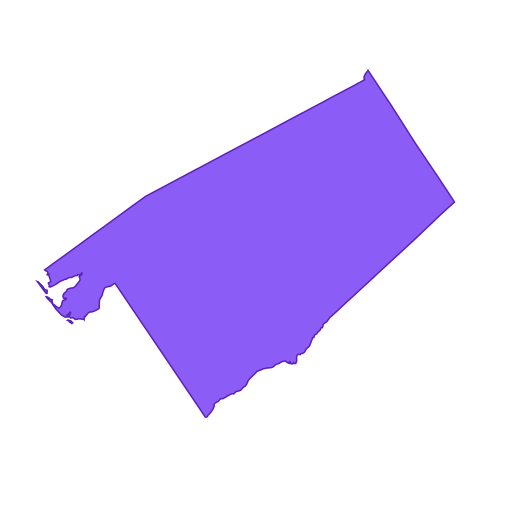 an SVG outline of Alabama, rotated 56°
{"feature_id": "USA-3541", "entity_name": "Alabama", "entity_type": "State", "adm_level": 1, "iso_a3": "USA", "parent_name": "United States of America", "parent_adm1": "", "projection": "equal_earth", "projection_center": [-86.886, 32.617], "detail": "fine", "context": "isolated", "style": "filled", "palette": "violet", "viewbox_px": 512, "rotation_deg": 56, "n_neighbors": 0, "source": "natural_earth", "source_scale": "10m", "svg_char_len": 5278}
<svg xmlns="http://www.w3.org/2000/svg" viewBox="0 0 512 512"><g transform="rotate(56 256 256)"><path d="M210.7,431.4L210.3,431.1L210.3,431.6L210.7,432.3L211.2,432.9L211.8,433.4L212.5,433.9L212.0,433.9L211.9,434.7L209.2,437.6L208.6,439.0L208.1,440.4L207.3,441.4L205.8,441.8L204.8,442.3L204.3,443.4L203.6,444.4L202.1,444.7L201.1,444.6L200.9,444.2L200.8,443.7L200.5,443.0L199.4,441.9L199.1,441.3L198.7,441.3L198.8,442.7L199.2,443.6L199.5,444.5L199.1,445.9L199.8,445.9L200.5,445.9L201.1,445.6L201.7,445.3L200.0,448.4L196.0,450.3L187.8,451.6L180.0,451.6L174.5,452.7L172.5,452.7L173.3,451.9L174.7,451.2L177.1,450.5L177.6,450.1L178.0,449.5L178.4,449.3L179.8,450.7L182.2,451.2L184.5,450.3L187.4,449.4L189.2,448.1L188.4,445.3L185.5,442.0L185.0,441.0L185.2,440.1L185.7,438.3L185.6,437.6L185.1,437.0L184.8,437.0L184.6,437.4L183.8,438.6L183.9,439.0L182.9,439.1L182.1,438.9L181.5,438.6L181.0,438.2L180.5,437.6L180.0,436.9L179.7,436.1L179.5,435.2L179.5,434.2L179.3,433.2L178.9,432.3L178.4,431.6L178.2,431.1L178.3,429.7L178.8,428.1L179.5,426.6L180.1,425.6L180.3,424.4L180.0,422.7L178.1,416.4L177.4,415.3L176.1,414.5L175.3,414.4L174.6,414.3L174.2,414.1L174.0,413.1L174.0,411.9L173.9,410.8L173.6,410.1L172.7,409.9L173.1,411.1L173.1,412.3L172.7,413.3L171.8,413.9L172.2,415.1L171.8,415.9L171.3,416.8L171.0,418.2L170.9,419.9L170.6,421.0L170.1,421.9L169.5,422.8L169.2,423.4L169.2,424.1L169.2,425.6L169.1,426.3L168.5,427.2L168.4,427.9L168.2,429.3L167.6,432.1L167.5,433.6L167.6,437.1L166.9,443.2L166.5,444.2L165.8,444.7L165.5,444.5L165.4,444.0L165.3,443.7L164.0,443.6L162.9,443.5L162.3,443.3L162.2,442.5L162.8,440.7L160.9,439.9L157.1,438.9L155.5,437.9L155.4,438.5L155.3,438.9L155.1,439.2L155.0,439.6L154.6,439.6L153.5,437.7L152.3,437.7L150.8,438.5L149.3,439.0L149.0,431.2L148.7,423.4L148.5,415.6L148.2,407.8L147.9,400.0L147.6,392.2L147.3,384.4L147.0,376.6L146.8,368.8L146.5,361.1L146.2,353.3L145.9,345.5L145.6,337.7L145.3,330.0L145.1,322.2L144.8,314.5L144.9,313.8L145.1,311.7L145.4,308.4L145.9,303.9L146.5,298.4L147.2,291.9L147.9,284.5L148.8,276.2L149.7,267.3L150.7,257.8L151.8,247.7L152.9,237.2L154.0,226.3L155.2,215.2L156.4,203.9L157.6,192.5L158.8,181.2L160.0,169.9L161.1,158.8L162.2,148.0L163.3,137.6L164.4,127.6L165.4,118.2L166.3,109.4L167.1,101.2L167.9,93.9L168.6,87.5L169.2,82.1L169.6,77.7L169.9,74.4L170.2,72.4L170.2,71.7L170.5,68.8L170.6,67.5L169.6,67.4L167.6,65.9L166.2,63.5L165.1,60.2L164.7,59.3L165.4,59.3L167.5,59.3L177.1,59.4L186.8,59.5L196.1,59.6L205.7,59.6L215.3,59.9L225.0,60.1L234.6,60.4L244.2,60.7L253.8,60.9L263.4,60.9L273.1,60.9L282.7,60.9L292.3,60.9L301.7,61.0L311.6,61.1L322.3,61.3L322.4,61.7L322.6,63.1L322.7,64.1L323.1,67.1L323.6,70.8L324.3,75.2L325.0,80.1L325.9,85.6L327.0,91.6L328.0,98.0L329.2,104.8L330.4,111.8L331.6,119.2L332.7,126.7L333.9,134.5L335.0,142.0L336.2,149.7L337.5,158.2L338.5,164.8L339.7,172.2L340.8,179.3L341.8,186.1L342.8,192.6L343.8,198.6L344.5,204.1L345.3,209.2L346.0,213.6L346.6,217.3L347.1,220.3L347.4,222.5L347.6,223.9L347.7,224.4L348.2,227.6L348.1,228.4L350.1,234.3L350.0,236.7L350.0,237.4L350.2,238.0L350.5,238.6L350.9,239.1L352.2,240.6L352.5,241.2L352.0,242.0L352.3,242.8L352.8,243.6L353.4,244.6L353.7,247.4L354.4,249.1L354.4,250.1L354.3,251.6L354.7,252.4L355.4,252.9L355.9,253.6L355.5,254.7L359.8,260.9L360.6,262.2L360.8,263.3L361.1,265.9L361.6,267.2L362.3,268.4L362.8,269.6L362.9,270.7L362.8,271.8L362.4,272.7L362.1,273.5L362.5,274.4L361.1,276.1L361.4,277.6L362.6,278.9L365.5,280.8L366.2,281.4L366.5,282.3L366.8,282.4L367.1,282.6L367.2,283.2L367.1,283.8L366.6,284.3L366.1,284.5L365.5,284.5L365.9,285.6L365.7,286.4L365.2,287.0L364.7,287.4L363.6,286.9L362.7,287.1L362.5,287.8L363.5,288.5L362.7,289.2L361.7,289.7L360.7,290.1L359.8,290.2L359.4,290.5L359.0,291.3L358.0,294.0L357.9,294.7L358.0,296.7L357.8,297.8L357.2,299.2L357.0,301.1L357.5,303.0L357.3,305.0L357.2,305.3L356.7,306.6L356.4,306.9L354.7,310.2L353.5,313.4L353.1,316.1L352.7,317.2L352.7,317.6L352.6,318.1L352.2,319.9L352.7,321.6L354.4,330.8L354.9,332.1L357.1,335.5L357.7,337.0L357.8,338.1L357.8,340.3L358.0,341.0L358.5,342.6L358.7,343.7L358.3,345.7L357.6,347.3L357.3,349.0L357.9,351.4L356.6,353.3L356.2,356.4L355.9,362.7L355.6,363.5L354.8,364.7L354.6,365.6L354.7,366.3L355.3,367.9L355.4,368.7L355.1,371.7L355.2,373.0L355.9,374.0L357.2,374.7L358.9,377.4L360.4,380.9L361.2,384.8L361.8,385.7L362.0,386.6L361.8,387.2L361.4,387.8L361.2,388.1L351.3,388.1L341.4,388.1L331.5,388.1L321.6,388.1L311.7,388.1L301.8,388.1L291.9,388.1L282.0,388.1L272.1,388.1L262.2,388.1L252.3,388.1L242.4,388.1L232.5,388.1L222.6,388.1L212.7,388.1L202.8,388.1L200.0,388.1L199.6,389.3L199.7,393.2L199.6,393.6L198.3,396.8L198.0,397.7L197.9,398.1L197.9,398.7L198.0,399.3L198.2,400.0L198.9,401.1L199.6,402.2L202.6,405.6L202.9,406.2L204.2,408.9L205.1,410.4L206.0,411.2L211.0,414.7L211.5,415.2L211.7,415.5L211.8,416.4L211.7,417.6L211.3,420.5L210.8,422.7L209.7,424.9L209.5,425.6L209.4,426.0L209.5,427.3L210.7,431.3L210.7,431.4ZM170.0,450.5L169.2,450.9L168.7,451.0L154.9,451.6L155.8,451.0L161.6,449.9L165.1,449.9L166.0,449.7L166.6,449.3L167.0,448.8L167.6,448.3L170.0,449.9L170.0,450.5ZM206.7,445.6L209.0,445.3L209.0,446.5L207.5,446.9L206.4,447.6L205.9,447.4L204.5,447.8L203.9,448.2L203.9,447.6L204.6,447.2L205.0,446.8L205.4,446.3L206.0,445.9L206.3,445.8L206.7,445.6Z" fill="#8b5cf6" stroke="#5b21b6" stroke-width="1.5"/></g></svg>